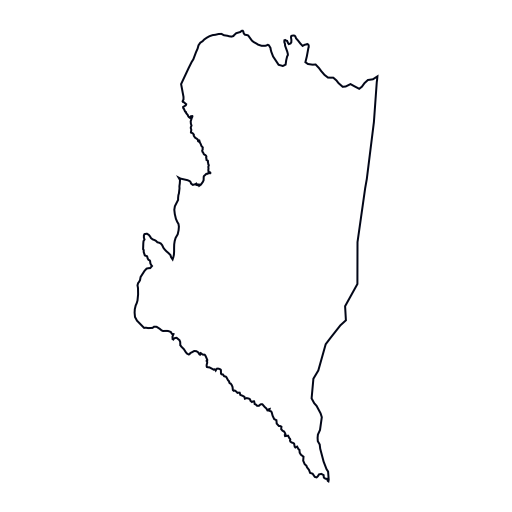 Santa María Tepantlali, Oaxaca, Mexico (Equal Earth projection)
{"feature_id": "50627088B72536990045476", "entity_name": "Santa María Tepantlali", "entity_type": "district", "adm_level": 2, "iso_a3": "MEX", "parent_name": "Mexico", "parent_adm1": "Oaxaca", "projection": "equal_earth", "projection_center": [-96.004, 16.943], "detail": "fine", "context": "isolated", "style": "outline", "palette": "ink", "viewbox_px": 512, "rotation_deg": 0, "n_neighbors": 0, "source": "geoboundaries", "source_scale": "gbopen_adm2", "svg_char_len": 6002}
<svg xmlns="http://www.w3.org/2000/svg" viewBox="0 0 512 512"><path d="M178.6,177.6L180.0,180.0L179.8,183.5L179.4,186.2L179.5,188.4L178.9,193.5L178.4,195.1L178.1,198.0L178.1,199.9L174.9,206.2L174.3,209.8L174.8,214.1L175.9,218.8L177.2,221.8L178.5,224.0L178.9,226.7L178.6,230.2L177.7,234.3L175.6,237.9L174.7,241.0L174.2,244.3L174.1,247.9L174.1,251.6L173.9,254.7L173.4,257.0L172.6,259.4L171.1,257.2L170.4,255.0L168.3,252.9L166.4,251.3L164.7,249.5L163.4,247.8L162.2,245.2L160.8,243.5L159.1,242.7L157.4,242.3L156.0,240.9L154.6,240.1L152.7,239.4L151.0,238.1L150.1,236.5L148.8,234.9L146.9,233.7L144.5,234.1L143.9,235.4L143.9,237.7L144.5,239.5L143.5,241.1L143.3,243.3L143.1,249.2L143.7,250.1L143.7,252.0L144.8,255.4L147.1,256.3L147.7,258.5L148.5,259.8L149.7,260.4L150.1,261.1L150.4,263.5L151.2,265.0L152.0,266.0L150.2,268.1L148.4,268.2L146.6,268.6L144.5,270.9L140.6,277.0L140.0,280.2L139.1,281.8L138.1,283.1L137.5,285.3L138.0,288.1L138.1,294.4L137.5,300.5L136.7,303.2L135.7,305.4L134.8,309.2L134.6,312.6L135.0,317.0L137.0,320.7L142.7,326.5L144.1,327.9L145.9,327.7L148.1,328.1L152.5,327.9L154.1,326.7L156.6,326.8L159.7,328.8L161.6,330.4L163.0,331.0L167.0,330.9L168.5,331.1L170.8,332.0L171.6,333.4L172.3,334.1L173.2,334.0L173.5,334.1L173.0,335.2L172.4,337.0L172.7,338.2L172.5,338.9L173.3,339.5L173.9,338.6L175.1,338.0L176.6,337.8L179.5,340.2L180.2,342.0L180.3,345.3L180.7,345.6L181.1,346.4L183.9,349.2L185.8,352.2L187.0,353.6L188.8,354.5L189.5,354.2L190.4,353.0L191.7,352.4L194.2,351.0L196.4,351.2L198.1,352.3L199.4,354.3L200.0,354.7L200.3,354.2L200.2,353.6L200.3,353.2L200.6,353.0L202.4,354.4L203.2,354.7L204.6,354.7L205.2,355.3L206.0,356.9L207.3,360.0L206.9,360.4L206.6,360.9L207.1,361.4L207.2,362.8L206.7,364.6L206.6,366.0L206.9,367.0L208.1,367.3L209.3,367.3L213.8,369.7L214.4,369.3L215.1,369.5L215.7,370.5L216.4,369.2L217.1,368.6L218.7,368.7L220.4,369.4L220.9,370.0L221.0,373.7L221.8,374.4L222.8,374.4L223.6,375.4L224.1,376.2L225.1,376.5L225.6,376.5L226.4,377.2L228.1,380.4L229.1,381.3L229.3,382.6L229.7,383.2L230.7,383.6L231.7,385.0L232.5,386.9L232.9,390.1L233.7,390.8L234.7,390.5L236.3,391.6L237.5,392.9L238.9,392.6L239.7,392.7L240.3,394.9L242.6,395.8L244.4,396.8L244.9,398.7L246.7,398.1L248.9,398.6L250.0,399.3L250.5,400.8L251.9,402.0L253.2,401.3L254.1,401.3L254.4,402.5L254.7,404.1L255.8,404.5L257.1,405.8L258.9,405.8L260.1,404.7L261.1,404.2L262.4,404.3L264.8,407.1L266.3,408.4L267.4,410.3L269.2,409.1L269.6,409.0L269.1,410.7L271.1,411.4L271.7,412.3L272.6,415.7L274.2,419.1L276.4,420.2L276.7,423.6L278.9,426.0L280.4,426.1L281.4,426.7L281.2,429.2L282.6,430.8L284.1,431.5L285.0,433.1L285.5,434.3L284.8,435.0L285.1,436.1L288.1,435.7L289.3,438.1L290.0,438.8L290.3,439.6L290.0,440.6L290.4,441.6L291.6,442.5L292.8,442.8L294.1,443.6L294.7,446.7L295.4,447.5L297.1,446.6L298.5,449.2L299.4,449.8L299.7,452.7L300.9,454.7L303.5,456.7L303.2,460.7L304.7,464.2L306.4,465.7L307.0,467.3L309.0,469.9L310.1,472.9L312.6,473.7L314.8,476.9L316.6,477.4L317.8,476.3L319.0,474.4L321.3,473.9L323.6,475.1L323.8,477.3L324.4,478.1L325.8,478.8L327.1,478.8L327.8,480.9L328.4,481.3L328.7,479.7L328.1,471.6L326.5,469.1L323.6,461.6L320.2,448.7L319.7,444.5L317.8,441.2L317.6,437.8L317.9,434.6L320.0,430.0L321.8,417.2L320.6,413.4L316.6,405.9L314.2,403.2L311.6,398.4L313.4,378.7L318.3,370.5L325.7,344.2L330.8,337.5L340.4,325.3L345.9,320.3L345.1,306.2L357.4,284.0L357.5,242.1L365.2,188.0L366.8,179.0L373.9,122.1L376.8,81.7L377.0,80.7L377.4,76.4L372.9,79.3L367.9,80.0L364.5,83.1L361.9,86.7L359.2,88.8L354.1,86.1L350.5,84.1L345.7,86.5L342.7,86.8L338.5,83.1L336.4,80.4L333.3,77.7L328.0,77.6L324.5,74.9L321.2,71.1L319.1,68.2L315.6,64.5L312.7,64.7L307.9,64.0L305.4,62.2L306.8,56.5L308.4,47.9L308.7,47.2L308.7,45.7L308.3,44.6L307.2,44.0L306.2,44.5L305.2,44.6L304.0,45.1L302.6,45.9L300.4,43.6L298.0,40.5L296.1,38.4L295.3,36.4L294.6,35.7L293.7,35.5L292.0,35.7L291.3,36.0L291.0,36.9L291.0,37.5L291.4,40.0L291.3,42.3L290.5,43.5L288.8,44.1L287.9,42.8L287.6,42.0L287.1,40.9L285.9,40.5L285.2,40.0L284.4,40.3L284.3,42.0L285.0,44.0L285.1,45.7L287.3,51.8L287.8,53.9L287.9,55.0L287.1,56.5L286.2,60.3L285.6,64.6L282.8,66.0L278.6,64.8L275.9,60.7L273.1,56.5L271.3,51.8L270.7,49.5L270.5,48.0L268.9,45.3L267.8,44.8L266.4,45.5L265.2,45.8L261.6,45.8L258.0,44.6L256.7,43.7L253.6,42.0L251.9,40.6L248.2,35.5L247.1,35.1L244.9,34.7L243.9,33.6L243.5,32.6L243.3,31.6L242.8,30.8L242.1,30.7L241.2,31.2L240.3,32.0L236.2,33.2L233.3,35.9L233.3,36.1L231.5,36.6L229.2,36.3L227.6,35.8L223.8,35.2L221.5,33.9L218.6,34.0L215.3,34.8L212.7,35.1L209.5,36.2L206.8,37.7L204.2,39.5L202.6,41.2L200.3,42.7L198.5,45.3L197.6,48.6L196.0,52.2L193.3,59.4L191.7,61.9L188.6,68.1L181.1,84.1L183.5,96.9L183.5,99.5L183.2,100.0L182.6,101.3L182.9,101.9L183.7,102.1L186.2,104.2L185.8,105.3L183.1,107.0L183.2,107.9L183.5,108.5L183.9,108.8L185.1,111.6L185.8,111.9L186.1,112.4L186.2,113.2L187.7,114.9L188.0,115.8L188.8,117.0L190.0,117.9L190.3,117.6L190.5,116.7L191.0,116.2L192.3,116.1L192.4,116.6L191.7,118.1L190.7,121.4L190.9,123.8L191.5,125.5L190.8,127.3L190.8,128.2L191.1,129.1L191.3,129.9L190.9,132.3L191.0,132.6L191.9,132.9L192.8,133.4L193.8,134.6L193.7,135.3L193.8,135.8L195.1,137.7L196.6,138.6L197.7,139.5L198.0,140.5L198.0,141.0L198.3,141.3L198.8,140.6L199.3,140.5L199.9,142.5L200.9,144.4L201.2,145.4L201.6,146.2L202.6,147.2L202.8,147.7L202.6,148.3L202.7,149.4L202.2,150.5L202.4,151.7L203.1,152.5L203.8,154.1L204.5,154.7L205.1,154.9L205.9,155.6L206.3,156.3L206.4,156.8L206.1,157.8L206.4,158.4L206.5,160.0L207.8,160.7L208.0,161.1L207.9,162.2L208.2,163.1L208.2,164.0L208.6,164.7L208.8,165.2L208.3,166.9L208.5,168.8L208.3,169.9L208.5,171.5L208.7,171.9L210.0,172.3L210.8,173.6L209.8,173.0L208.7,173.3L207.9,173.3L207.5,173.8L206.4,173.8L205.9,174.2L205.4,174.8L204.1,175.9L203.8,176.4L203.7,177.0L203.6,180.2L202.9,181.8L200.9,184.6L199.2,185.8L199.0,185.2L199.1,184.6L198.3,184.6L197.8,184.3L197.3,184.4L197.3,185.1L196.4,184.9L196.0,184.7L196.0,183.8L195.0,184.3L192.8,184.9L191.0,183.5L190.7,182.3L189.8,181.2L187.6,180.2L180.5,178.6L178.6,177.6Z" fill="none" stroke="#020617" stroke-width="2"/></svg>